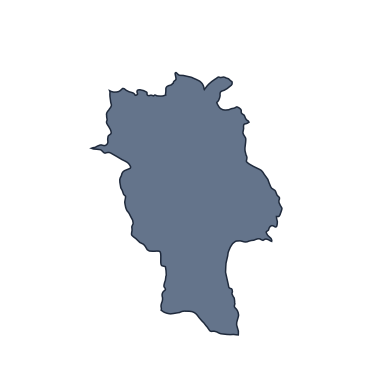 outline of Minh Long, Quảng Ngãi, Vietnam, rotated 311°
{"feature_id": "81297802B89663618716792", "entity_name": "Minh Long", "entity_type": "district", "adm_level": 2, "iso_a3": "VNM", "parent_name": "Vietnam", "parent_adm1": "Quảng Ngãi", "projection": "natural_earth1", "projection_center": [108.678, 14.947], "detail": "fine", "context": "isolated", "style": "filled", "palette": "slate", "viewbox_px": 384, "rotation_deg": 311, "n_neighbors": 0, "source": "geoboundaries", "source_scale": "gbopen_adm2", "svg_char_len": 6023}
<svg xmlns="http://www.w3.org/2000/svg" viewBox="0 0 384 384"><g transform="rotate(311 192 192)"><path d="M238.8,270.5L239.8,267.5L241.1,264.6L242.4,263.3L244.1,262.6L245.0,261.8L245.3,260.7L245.3,259.3L245.5,258.1L247.4,254.4L247.6,253.4L247.1,249.6L247.3,248.8L247.6,247.9L249.4,244.3L251.3,240.9L252.7,234.9L253.4,232.6L253.7,230.6L253.7,229.8L253.4,228.2L251.6,221.5L250.7,217.0L250.5,214.3L250.7,213.3L251.0,212.7L252.7,211.8L254.0,210.9L254.9,209.7L255.5,208.3L255.9,207.8L257.7,205.2L259.1,203.8L260.2,202.9L264.5,200.0L266.5,198.5L267.4,197.7L268.0,196.8L269.1,193.3L269.9,191.8L270.6,191.2L273.8,189.3L275.1,188.0L276.4,187.1L277.1,186.9L277.7,187.0L278.9,187.9L280.3,188.7L282.1,189.2L282.5,187.9L282.3,186.9L282.3,185.7L282.5,184.7L282.8,183.8L283.6,182.3L284.2,181.0L283.9,178.7L284.1,177.3L285.0,176.4L285.9,175.6L286.3,174.8L286.4,174.3L286.4,172.6L286.1,171.2L285.7,170.0L284.7,169.5L283.5,169.1L282.8,168.7L280.8,167.1L278.1,165.7L275.6,163.3L274.3,161.3L274.0,160.0L273.7,158.8L273.8,157.1L274.7,154.2L275.4,152.6L275.9,151.9L277.2,152.1L278.9,151.9L281.3,151.0L283.0,150.1L284.5,148.7L285.8,148.0L287.0,148.0L288.1,148.5L290.0,149.6L293.2,150.7L298.3,151.6L299.5,151.5L300.6,150.8L301.3,150.1L301.5,149.6L301.4,149.2L301.3,147.8L301.4,145.4L301.2,144.7L300.4,142.9L300.1,141.6L299.4,140.3L298.7,139.8L298.1,139.3L297.1,138.5L296.3,136.8L295.9,136.4L295.4,136.2L293.2,135.7L292.0,135.3L288.2,134.4L284.6,133.9L282.2,133.8L279.1,134.0L277.4,134.1L277.7,133.5L278.8,132.2L279.6,130.9L280.3,129.2L280.6,127.8L280.7,126.0L280.7,125.4L280.6,124.6L279.7,121.2L278.8,118.4L278.5,117.2L277.9,115.7L277.6,115.2L274.7,109.8L274.2,108.9L272.1,106.3L271.7,105.4L271.6,105.1L271.7,102.1L271.7,101.7L271.3,101.3L270.9,101.3L270.5,101.4L270.3,101.6L269.8,102.1L267.6,105.0L266.5,106.0L265.5,106.1L264.2,105.8L263.1,105.8L261.6,106.5L260.9,106.1L260.6,106.2L259.6,106.2L258.3,105.5L256.8,104.5L255.4,104.0L254.6,103.9L253.9,104.0L253.3,104.2L252.8,104.5L250.7,106.3L248.8,107.6L248.2,108.1L248.0,108.5L245.6,107.2L244.0,105.7L242.6,103.9L241.6,102.5L241.2,101.0L240.8,100.3L239.3,99.9L238.7,98.5L238.2,97.5L236.6,96.4L236.1,95.8L235.8,95.0L236.0,94.3L236.5,93.6L237.2,93.2L237.5,92.7L237.6,92.3L237.4,91.3L236.8,89.0L235.0,85.6L233.8,84.5L233.0,84.1L232.7,84.1L231.8,84.5L230.9,85.5L230.7,86.1L230.1,86.7L229.1,86.6L228.5,86.4L227.8,85.8L227.8,85.4L228.0,85.0L228.2,84.2L228.2,83.4L228.1,82.6L227.6,81.3L226.4,78.8L225.6,75.7L225.5,73.3L225.1,72.3L224.6,71.7L221.3,71.3L219.6,70.7L218.0,69.5L216.1,67.5L214.9,65.2L214.4,63.3L213.8,64.4L211.9,65.9L210.2,67.5L206.4,71.8L204.9,74.0L204.1,74.6L202.3,75.1L200.5,75.2L199.5,75.4L198.0,75.4L196.6,75.6L195.5,75.9L194.4,76.6L193.6,77.5L192.7,78.3L191.0,80.4L190.2,80.9L189.3,81.2L188.7,81.6L188.3,82.0L187.8,82.8L187.2,84.5L186.7,86.3L185.6,89.4L184.7,91.0L183.7,92.2L182.9,92.5L182.1,92.5L179.8,92.0L178.9,92.2L177.0,93.4L176.1,94.1L174.5,95.8L173.5,96.3L172.5,96.5L171.3,96.4L170.2,96.0L169.4,95.3L169.1,94.8L167.9,92.5L167.1,91.8L164.6,90.5L162.1,89.6L160.6,88.3L159.0,87.4L159.8,89.4L161.8,92.1L163.3,94.3L163.9,95.2L164.0,96.0L164.0,97.2L163.9,98.9L163.9,99.8L164.1,100.5L164.6,101.1L165.6,101.7L166.9,102.8L167.6,103.8L168.0,104.7L169.4,111.7L170.5,117.8L171.3,120.8L171.8,123.2L171.9,124.6L171.8,125.9L171.3,127.9L170.7,129.2L170.1,129.6L169.5,129.8L168.3,129.3L164.1,127.2L162.8,126.8L161.7,126.7L160.0,127.0L157.9,128.0L155.5,128.6L153.9,129.4L151.9,131.3L148.4,135.6L147.4,138.4L145.7,141.3L145.3,142.2L145.2,144.6L144.8,145.0L143.5,145.9L142.6,146.4L140.2,147.9L138.9,149.4L136.8,152.1L135.8,153.9L135.2,155.4L134.9,157.2L134.5,158.8L132.8,162.9L132.1,164.9L131.7,165.8L130.0,167.9L129.4,168.4L126.9,169.1L126.1,169.5L125.0,170.7L123.6,172.0L121.9,173.0L120.6,173.9L120.1,174.5L119.9,175.0L119.8,176.2L119.8,177.7L120.0,180.2L119.7,185.7L120.4,188.4L120.7,189.8L120.5,191.3L120.3,192.4L119.1,196.0L119.3,197.6L119.6,198.7L120.2,199.5L121.8,201.6L123.9,203.8L124.6,204.4L124.9,205.0L125.5,205.6L125.9,206.5L125.9,207.2L125.1,208.6L123.3,210.4L118.5,214.5L117.2,215.9L116.9,216.5L116.6,217.2L116.7,217.8L118.2,220.9L115.6,224.0L112.2,227.3L111.4,227.5L107.8,229.9L105.9,230.6L103.4,231.9L102.5,232.6L102.1,233.2L101.7,234.9L101.2,235.8L100.7,236.0L99.9,236.0L98.3,235.7L97.2,235.8L96.1,236.1L95.1,236.6L94.0,237.6L92.8,239.2L91.4,240.4L90.1,241.2L88.0,242.0L86.6,242.7L85.5,243.5L83.8,245.5L82.5,246.3L82.7,247.5L82.8,248.9L83.1,250.2L83.9,252.3L84.9,254.2L85.9,255.7L88.0,257.6L91.9,260.8L92.6,261.5L93.5,261.9L95.4,262.9L97.0,264.3L100.3,268.3L101.8,270.6L102.5,272.8L102.7,274.8L102.5,276.7L101.8,280.0L101.2,284.0L101.0,286.9L100.3,290.3L100.1,291.9L99.4,294.6L99.0,296.3L99.1,297.2L99.5,298.1L100.5,299.0L101.5,300.1L102.6,302.3L103.2,304.8L103.9,306.7L107.4,311.8L109.6,314.6L111.7,316.7L113.3,319.1L114.5,320.7L115.3,320.1L117.4,318.3L120.8,313.1L121.5,312.4L123.1,311.2L128.6,308.6L129.7,307.9L131.3,305.9L132.1,304.3L132.4,303.4L132.7,302.4L132.9,300.2L133.1,299.5L133.5,299.0L134.3,298.4L135.8,297.7L136.4,296.8L137.5,295.9L139.2,294.0L139.7,293.3L140.2,291.5L141.2,289.2L142.1,288.4L142.8,288.2L143.5,287.7L144.6,286.3L144.8,285.9L144.8,285.6L144.8,285.1L144.4,284.2L144.1,283.3L144.2,282.7L144.3,282.2L146.1,279.9L153.4,270.0L157.9,266.4L160.7,264.3L167.1,260.9L170.0,259.0L172.1,258.2L175.5,257.1L179.5,256.5L181.5,256.8L183.2,257.2L184.0,257.6L185.2,258.8L186.7,260.3L187.7,262.2L188.5,263.9L189.3,265.1L190.6,266.3L192.3,267.2L194.1,268.4L196.2,270.3L198.2,271.3L200.0,272.5L201.1,273.9L201.5,275.8L202.1,277.3L204.4,278.1L205.2,278.9L206.1,280.8L206.6,283.4L207.0,284.5L207.8,284.0L208.4,283.0L208.8,282.0L208.9,278.3L209.0,277.4L209.6,275.7L210.2,274.5L210.7,274.2L211.5,274.3L213.3,274.7L213.8,274.6L214.5,274.2L215.2,273.9L217.1,273.6L218.2,273.9L219.0,274.3L219.4,274.9L219.8,275.7L220.0,277.0L220.3,277.9L220.6,278.2L221.1,278.4L222.0,278.3L223.9,277.2L225.6,275.9L227.3,273.5L228.9,271.8L230.4,273.5L230.9,273.6L231.7,273.5L232.7,273.3L233.9,272.8L235.5,272.2L237.6,271.3L238.8,270.5Z" fill="#64748b" stroke="#1e293b" stroke-width="1.5"/></g></svg>